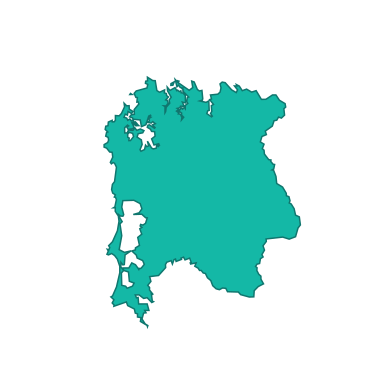 outline of Central Coast (NSW), New South Wales, Australia, rotated 150°
{"feature_id": "25037944B67888909972324", "entity_name": "Central Coast (NSW)", "entity_type": "district", "adm_level": 2, "iso_a3": "AUS", "parent_name": "Australia", "parent_adm1": "New South Wales", "projection": "albers", "projection_center": [151.338, -33.307], "detail": "fine", "context": "isolated", "style": "filled", "palette": "teal", "viewbox_px": 384, "rotation_deg": 150, "n_neighbors": 0, "source": "geoboundaries", "source_scale": "gbopen_adm2", "svg_char_len": 6129}
<svg xmlns="http://www.w3.org/2000/svg" viewBox="0 0 384 384"><g transform="rotate(150 192 192)"><path d="M276.9,122.5L277.8,128.4L276.5,130.5L277.0,133.3L272.3,135.1L271.0,139.9L262.7,136.4L252.6,139.7L251.3,142.4L249.0,143.8L244.4,143.0L245.0,139.4L241.4,142.4L239.8,142.2L240.5,139.8L234.8,138.9L234.6,140.2L231.9,139.8L232.0,136.7L227.1,135.9L227.9,131.3L229.0,131.5L229.2,130.3L223.8,128.6L226.7,126.3L224.8,123.0L224.7,120.3L223.2,119.4L222.8,116.3L221.1,114.7L221.5,110.0L220.0,105.9L220.9,100.5L219.5,96.1L217.1,93.7L213.6,93.6L210.9,91.7L211.1,87.9L201.9,82.2L201.2,78.8L194.9,72.4L190.9,70.3L187.5,75.4L181.9,77.0L176.0,76.7L175.9,82.0L174.4,84.7L175.3,87.3L175.1,91.6L173.5,93.9L174.2,95.8L171.8,97.0L169.2,96.3L166.1,100.0L162.9,100.2L162.8,102.8L158.3,105.4L157.4,109.9L152.4,112.0L151.3,114.3L136.0,107.6L131.4,102.6L124.7,101.5L118.2,107.8L114.6,109.3L111.5,116.8L113.9,120.2L111.9,126.5L112.1,132.1L113.3,133.9L111.5,135.4L110.4,139.5L112.1,141.5L111.0,143.8L111.1,151.0L114.4,157.0L111.5,163.5L110.5,170.0L111.7,171.1L109.7,171.1L106.7,174.5L107.9,175.5L108.5,179.2L107.6,180.2L109.4,181.7L110.3,188.7L108.7,192.2L109.5,194.3L105.7,197.4L107.8,201.2L103.7,205.1L98.9,204.5L98.1,208.1L89.5,208.9L85.3,212.7L82.7,211.8L79.6,213.6L77.6,211.3L73.4,212.3L70.8,218.2L68.4,218.7L67.2,222.0L70.4,227.7L70.8,234.1L73.8,235.8L81.6,235.3L85.6,237.5L85.8,247.7L90.4,248.7L93.3,253.8L97.8,254.6L98.1,260.1L99.8,262.8L100.0,261.3L102.2,262.6L101.5,257.7L104.0,256.0L106.6,260.6L108.6,270.1L110.9,272.1L113.7,271.6L114.8,267.7L117.7,264.5L120.7,263.8L127.5,266.8L128.6,262.8L130.5,263.2L129.6,257.1L132.1,257.1L134.6,251.9L136.7,250.7L136.5,247.5L137.5,247.3L140.0,252.5L137.7,254.5L136.3,254.1L131.9,262.5L135.0,262.6L139.8,267.0L137.0,266.4L136.0,267.5L132.6,275.0L135.1,275.8L136.1,278.1L135.1,286.2L136.8,288.2L139.1,282.1L143.6,281.5L149.4,293.8L147.9,294.5L148.7,295.4L149.4,294.2L150.3,297.8L152.4,290.7L150.3,291.3L149.9,288.3L148.1,286.7L149.0,286.8L148.4,284.7L149.5,284.1L147.4,275.9L148.9,276.0L151.4,273.0L151.3,270.8L154.5,270.4L156.2,267.5L156.4,269.1L158.6,268.5L158.7,270.1L162.9,268.7L161.5,265.6L162.6,263.8L161.8,260.9L165.0,259.7L163.5,261.6L163.1,265.1L164.8,266.5L163.8,267.0L165.0,269.8L162.2,270.2L163.0,271.8L160.2,271.0L159.1,272.1L156.0,270.2L155.4,274.7L153.1,272.4L149.6,278.9L150.3,282.3L151.8,283.3L151.1,285.2L152.9,285.3L153.5,287.4L154.5,287.3L154.5,290.9L160.3,291.0L161.0,295.2L162.6,291.8L162.6,284.5L165.8,283.1L166.9,280.0L172.0,278.2L174.7,274.7L175.8,274.1L172.7,279.4L173.3,280.7L171.4,279.5L168.2,280.9L167.6,283.7L168.7,284.9L164.9,286.1L165.8,288.2L165.0,290.1L166.4,291.7L164.7,294.1L170.2,294.6L171.7,297.4L168.2,306.8L170.3,308.2L173.2,313.7L174.9,310.5L176.7,311.1L178.0,309.4L176.5,307.3L179.0,304.6L189.8,307.4L192.8,306.3L193.3,302.0L192.1,301.1L194.8,297.4L193.6,296.9L194.0,294.8L200.8,292.3L203.1,288.1L206.2,289.2L208.5,288.3L206.4,285.9L206.7,284.5L200.8,280.3L203.1,273.9L198.3,273.3L191.5,279.4L188.9,279.2L191.3,278.5L190.2,277.3L192.7,277.1L193.3,274.8L196.0,274.7L192.8,272.1L190.8,272.6L189.6,269.5L192.6,269.9L191.8,266.2L192.7,266.0L195.2,271.4L196.7,271.9L198.4,270.4L196.6,267.1L196.7,264.7L194.2,262.9L196.1,258.8L200.4,258.2L201.4,251.7L196.7,250.5L196.9,248.9L199.4,250.1L198.5,249.3L197.9,247.7L199.6,249.7L201.0,247.8L204.0,248.7L205.0,250.3L205.2,258.3L206.5,253.6L208.5,253.9L208.8,255.8L211.9,252.5L215.8,252.8L215.9,254.6L211.4,258.1L209.8,262.5L212.1,267.0L209.5,269.4L205.1,267.9L202.9,269.2L205.2,272.4L209.0,273.0L209.4,276.0L212.4,274.9L216.0,277.4L217.6,276.3L214.1,272.4L214.9,269.2L219.6,267.3L221.0,268.1L219.4,270.1L220.3,271.5L218.8,274.2L217.2,274.7L220.7,276.8L218.2,281.3L214.4,282.2L213.8,280.9L216.0,280.7L216.0,278.2L211.6,276.4L209.9,277.1L209.3,281.7L207.5,277.6L206.3,278.6L207.2,277.3L204.9,276.1L205.8,279.2L207.3,279.8L205.6,279.4L206.0,281.1L207.7,281.3L206.6,280.7L207.5,280.2L209.2,281.8L207.1,282.5L207.2,283.7L209.1,284.3L209.3,286.3L211.8,286.2L211.6,288.7L213.5,290.7L210.9,292.8L209.5,290.9L207.1,293.7L205.1,290.1L202.9,291.4L204.9,295.1L203.3,298.2L205.5,299.3L206.4,302.8L207.8,299.5L213.8,295.3L217.0,294.4L220.1,296.5L222.5,292.4L224.3,291.7L226.0,292.6L225.3,294.0L229.5,294.4L231.6,291.4L233.8,292.1L235.9,289.6L234.9,286.1L236.3,286.2L238.8,283.5L237.3,281.2L238.3,278.6L240.3,277.0L244.4,277.0L245.7,274.8L244.0,272.7L243.3,267.8L241.3,266.3L243.2,261.8L247.9,258.5L247.7,256.7L245.6,257.0L244.7,255.5L245.0,251.3L253.9,239.7L257.1,238.4L260.4,234.3L261.2,230.7L259.8,227.8L261.8,226.5L260.9,225.5L261.3,223.2L266.3,217.6L267.9,217.6L266.3,216.7L268.1,213.7L267.9,209.6L267.1,209.8L265.8,206.8L263.9,205.6L262.5,206.5L260.4,214.0L256.2,219.1L246.5,213.9L242.7,207.9L243.8,202.5L248.2,200.4L254.1,201.9L246.6,197.9L245.0,192.8L243.7,192.0L247.9,188.1L251.0,187.9L252.7,189.6L253.9,188.5L253.1,186.4L255.6,186.3L256.6,180.6L261.7,179.8L264.2,172.0L268.9,171.9L270.0,170.2L273.6,171.0L271.8,165.2L272.5,162.2L269.0,157.3L269.5,153.2L273.9,151.5L276.5,151.8L276.1,152.3L276.0,153.0L276.8,151.9L277.3,157.3L279.6,160.7L284.7,157.8L290.1,160.9L290.2,158.0L287.0,154.5L290.9,146.0L287.7,142.1L290.6,140.2L296.3,141.1L296.6,143.6L299.5,146.3L293.6,157.2L290.4,158.2L291.1,162.6L288.7,166.6L288.3,163.4L286.9,163.0L281.4,171.0L274.2,171.5L280.7,173.5L283.9,178.5L274.7,189.3L270.3,200.4L267.3,201.2L267.4,209.0L269.8,203.2L276.0,195.7L285.7,188.7L291.0,187.2L291.0,185.0L296.8,180.6L295.8,179.3L292.3,178.9L290.8,175.7L290.2,171.2L291.7,163.7L294.9,158.2L304.9,147.5L312.8,141.7L314.7,141.7L313.5,137.7L316.6,135.8L316.0,133.0L316.8,132.1L303.8,129.6L304.5,125.8L300.4,119.5L301.7,115.5L300.1,113.7L301.7,111.0L299.0,108.7L301.4,105.7L297.6,98.9L297.9,97.6L297.0,98.4L298.5,101.1L298.8,107.0L294.5,111.3L292.2,110.4L292.2,113.1L288.5,111.0L286.8,117.5L294.2,121.7L291.4,127.6L293.0,128.1L292.6,131.2L289.3,129.4L287.1,124.0L283.7,122.9L282.1,116.4L280.2,116.3L280.9,117.4L278.0,124.4L276.9,122.5ZM152.3,296.3L156.0,296.4L157.0,294.9L155.2,294.0L152.3,296.3ZM195.2,306.5L196.0,308.1L197.1,307.5L195.2,306.5ZM294.0,184.7L294.0,183.9L293.5,184.2L294.0,184.7Z" fill="#14b8a6" stroke="#0f766e" stroke-width="1.5"/></g></svg>